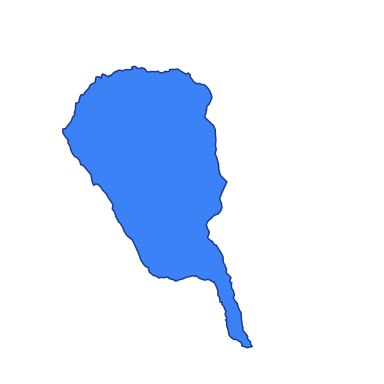 outline of Vianópolis, Goiás, Brazil, rotated 312°
{"feature_id": "56859067B48713716484545", "entity_name": "Vianópolis", "entity_type": "district", "adm_level": 2, "iso_a3": "BRA", "parent_name": "Brazil", "parent_adm1": "Goiás", "projection": "robinson", "projection_center": [-48.462, -16.878], "detail": "fine", "context": "isolated", "style": "filled", "palette": "blue", "viewbox_px": 384, "rotation_deg": 312, "n_neighbors": 0, "source": "geoboundaries", "source_scale": "gbopen_adm2", "svg_char_len": 3410}
<svg xmlns="http://www.w3.org/2000/svg" viewBox="0 0 384 384"><g transform="rotate(312 192 192)"><path d="M117.4,340.1L118.3,337.2L119.8,335.7L120.1,331.0L122.0,330.0L123.4,322.1L125.2,320.8L126.6,318.4L129.4,315.3L131.8,312.5L135.1,309.3L135.9,306.5L137.7,302.8L139.5,300.2L140.1,295.6L141.5,293.3L143.9,292.4L146.5,288.3L146.6,286.6L148.6,284.0L151.0,282.3L150.5,280.3L152.2,279.3L154.4,278.2L154.8,275.4L154.7,271.9L156.2,270.4L157.6,269.5L158.5,267.7L159.7,265.2L160.4,262.9L162.3,260.7L164.8,258.1L166.0,254.8L167.0,251.7L168.2,247.2L168.7,245.6L168.0,244.0L168.0,242.0L168.9,240.7L168.4,238.3L168.2,235.6L169.0,233.7L171.4,233.1L174.0,231.4L175.2,227.9L177.3,224.5L179.9,223.5L182.1,223.4L185.9,224.0L189.5,224.0L192.9,226.0L196.8,226.1L200.6,224.6L203.4,221.1L205.7,216.9L212.2,214.5L222.9,211.1L223.3,202.8L224.4,200.2L227.0,196.6L230.6,192.8L232.2,190.4L233.9,187.7L235.9,183.6L239.9,181.5L242.1,178.4L246.6,175.0L251.1,170.2L253.9,167.5L255.7,163.8L256.1,151.2L258.9,150.1L262.5,148.0L265.9,145.6L268.9,145.9L275.6,143.6L277.8,140.0L279.2,137.0L280.0,133.0L280.1,130.0L278.4,127.2L277.5,124.7L275.7,123.3L275.1,119.1L275.8,116.7L276.2,113.8L277.9,112.3L277.9,109.6L275.7,108.7L275.1,106.7L274.8,104.8L274.2,102.2L273.9,99.1L271.9,97.6L270.0,95.4L268.0,93.5L266.4,94.4L264.8,93.1L263.8,91.5L261.7,90.7L259.9,89.5L259.2,87.8L258.9,85.6L257.3,84.9L255.9,82.9L253.9,80.7L251.8,79.2L251.3,77.3L252.0,74.5L250.9,71.7L249.3,70.7L247.3,69.0L247.5,66.3L246.2,64.5L244.2,63.8L243.5,65.4L241.0,64.0L239.7,61.8L237.7,60.4L235.5,59.2L234.5,57.3L233.3,55.9L231.4,55.3L229.9,54.4L227.5,53.9L225.5,53.8L224.0,54.1L223.3,52.6L221.3,52.7L221.2,50.1L220.0,46.7L218.0,46.9L215.9,48.5L215.6,46.5L214.4,44.6L213.0,43.9L211.6,44.8L208.7,46.6L207.0,46.1L204.9,45.1L202.7,44.9L200.7,45.7L198.4,45.9L196.1,45.7L194.0,45.9L191.9,46.4L190.2,44.6L188.2,44.9L186.9,45.6L185.3,46.3L183.5,47.7L181.8,47.2L180.2,46.2L178.1,47.9L176.5,49.2L174.5,50.7L172.5,51.2L171.4,53.0L169.5,53.2L167.6,53.3L165.7,54.1L163.6,54.9L157.7,55.2L154.8,55.7L152.4,53.9L149.6,56.5L148.3,61.0L147.7,65.1L145.4,67.1L144.5,70.5L141.8,74.5L140.5,77.9L139.9,81.5L140.8,83.9L140.0,87.8L137.9,90.9L138.9,93.6L137.3,105.3L136.1,106.9L133.9,109.5L132.5,111.6L131.2,114.6L133.3,115.0L134.7,117.0L134.6,121.0L133.6,124.2L133.3,129.3L131.7,134.2L129.7,141.8L126.0,144.1L125.1,148.4L122.3,152.7L121.6,155.2L120.6,157.5L120.7,159.6L119.4,164.4L117.5,167.6L116.3,171.9L116.1,175.3L116.5,179.4L114.7,184.2L112.5,189.1L110.4,193.9L107.5,198.9L106.0,203.8L105.5,207.3L106.8,210.0L105.6,211.3L103.9,214.0L104.2,219.6L105.6,221.1L105.6,223.2L106.1,225.0L108.2,226.5L109.4,228.4L111.0,229.7L112.8,230.9L112.4,232.7L113.2,234.6L114.1,236.0L114.5,237.7L115.0,239.7L116.7,240.4L119.4,242.0L121.3,243.3L123.2,244.2L124.8,244.8L126.3,246.0L127.9,247.1L129.6,248.1L130.8,249.6L132.7,252.0L132.7,255.2L133.6,257.1L134.5,259.4L135.9,261.2L137.7,262.1L138.5,264.1L139.0,266.9L139.7,269.2L138.6,271.9L137.3,274.8L136.5,276.3L135.0,278.3L133.5,279.3L132.5,281.0L132.2,282.9L130.5,284.6L129.0,286.7L130.2,288.1L128.5,289.4L128.4,291.9L127.2,294.0L125.7,297.5L123.7,298.0L122.6,299.5L122.1,301.1L121.0,302.6L119.4,302.6L118.6,305.0L116.4,306.5L115.4,308.1L114.2,310.3L112.3,313.0L110.8,314.6L110.0,318.0L110.3,321.2L112.2,323.9L112.4,326.2L113.1,328.5L112.4,330.6L111.0,332.0L112.4,335.1L113.2,337.1L115.7,338.9L117.4,340.1Z" fill="#3b82f6" stroke="#1e3a8a" stroke-width="1.5"/></g></svg>